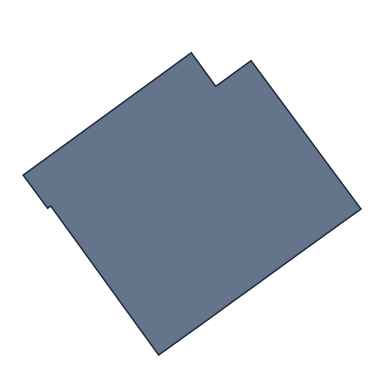 the district of Barber, Kansas, United States of America, rotated 324°
{"feature_id": "52423323B11094144333814", "entity_name": "Barber", "entity_type": "district", "adm_level": 2, "iso_a3": "USA", "parent_name": "United States of America", "parent_adm1": "Kansas", "projection": "orthographic", "projection_center": [-98.676, 37.234], "detail": "fine", "context": "isolated", "style": "filled", "palette": "slate", "viewbox_px": 384, "rotation_deg": 324, "n_neighbors": 0, "source": "geoboundaries", "source_scale": "gbopen_adm2", "svg_char_len": 452}
<svg xmlns="http://www.w3.org/2000/svg" viewBox="0 0 384 384"><g transform="rotate(324 192 192)"><path d="M317.0,120.4L273.3,120.5L273.3,78.9L65.3,79.1L65.6,120.3L69.5,120.3L69.2,304.3L71.5,304.3L114.9,304.5L115.1,304.6L119.2,304.6L146.7,304.6L148.1,304.6L148.8,304.6L160.4,304.6L176.9,304.7L178.4,304.7L243.2,304.7L290.8,304.9L291.5,304.9L295.1,304.9L316.1,305.1L318.7,305.1L317.0,120.4Z" fill="#64748b" stroke="#1e293b" stroke-width="1.5"/></g></svg>